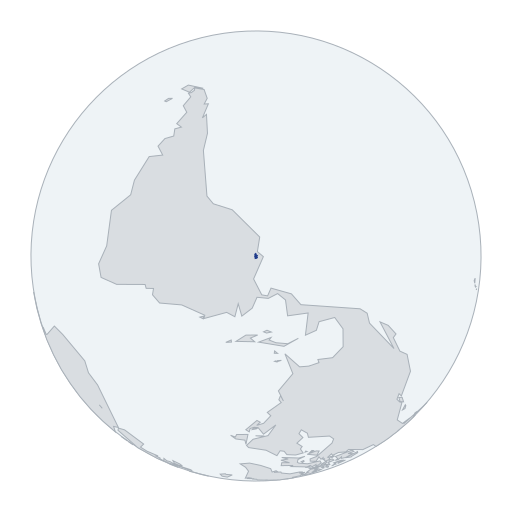 globe centered on Bolivar, rotated 166°
{"feature_id": "ECU-1277", "entity_name": "Bolivar", "entity_type": "Province", "adm_level": 1, "iso_a3": "ECU", "parent_name": "Ecuador", "parent_adm1": "", "projection": "orthographic", "projection_center": [-79.147, -1.678], "detail": "fine", "context": "on_globe", "style": "filled", "palette": "blue", "viewbox_px": 512, "rotation_deg": 166, "n_neighbors": 0, "source": "natural_earth", "source_scale": "10m", "svg_char_len": 7290}
<svg xmlns="http://www.w3.org/2000/svg" viewBox="0 0 512 512"><g transform="rotate(166 256 256)"><circle cx="256" cy="256" r="225" fill="#eef3f6" stroke="#a8b0b8"/><path d="M164.2,50.3L165.6,49.8L170.6,47.5L175.8,45.5L185.7,42.2L187.7,44.6L199.2,42.3L213.0,45.9L216.2,44.2L223.5,45.4L229.9,44.1L230.6,45.8L235.1,43.4L233.2,42.1L234.5,40.8L238.1,40.1L239.6,42.0L238.1,42.6L240.4,42.8L239.7,44.1L242.1,43.1L243.5,45.9L247.4,42.3L253.0,43.8L252.6,46.0L245.7,46.8L227.5,56.1L224.9,59.8L228.2,63.5L249.0,67.4L249.0,71.6L254.1,76.4L257.3,73.2L254.4,68.5L261.6,64.5L257.3,60.0L259.6,58.0L257.9,53.5L265.6,53.3L274.1,55.8L275.9,59.7L279.7,61.2L284.0,57.2L293.2,65.1L309.5,71.9L311.0,74.5L303.2,78.9L287.8,78.8L277.6,87.3L291.8,81.3L295.5,89.0L299.3,90.3L303.5,90.0L305.1,87.0L307.9,89.9L294.9,96.2L292.1,93.7L296.3,91.5L289.1,91.8L280.3,97.4L282.9,101.5L267.0,107.7L268.6,111.0L266.0,114.6L264.5,108.7L266.9,119.7L248.7,132.9L251.6,154.1L240.5,137.9L231.5,136.4L220.7,137.3L221.0,140.6L206.3,138.8L193.4,146.9L189.2,164.3L194.5,177.3L210.7,177.0L215.4,169.3L227.2,167.2L219.2,188.1L239.8,190.3L238.0,206.2L244.1,214.3L254.3,211.9L265.0,215.7L272.3,206.3L284.3,201.1L284.8,214.0L291.2,202.2L298.1,208.4L321.7,207.9L320.0,210.9L339.9,226.5L360.9,233.7L365.8,243.4L363.3,249.3L370.4,251.2L370.5,255.2L398.1,262.2L411.5,272.7L410.6,286.5L398.4,302.0L385.2,335.3L362.8,345.7L355.6,359.0L335.6,378.3L322.1,376.5L324.5,386.3L315.9,392.0L306.8,392.3L304.0,399.0L297.2,399.1L300.9,403.6L288.4,412.2L290.2,419.4L280.8,426.2L282.2,430.3L279.2,430.2L275.6,431.7L274.8,433.9L266.1,430.1L265.2,420.8L269.5,416.0L265.4,415.2L274.6,403.0L269.8,405.4L273.4,386.8L281.5,371.2L289.1,326.0L284.8,317.0L267.9,306.6L247.8,273.5L253.6,259.9L249.0,253.6L263.9,234.3L259.8,216.9L254.4,214.5L249.2,221.2L230.8,210.7L224.2,197.9L167.8,179.6L162.0,173.6L162.1,163.4L144.5,132.8L151.6,162.1L144.5,156.7L139.0,146.5L142.5,143.6L139.4,128.9L133.2,124.0L134.0,106.8L148.8,85.1L150.5,87.8L153.9,82.9L151.9,79.6L149.8,78.6L158.6,62.8L154.4,58.1L145.8,61.7L153.4,57.5L132.2,68.6L125.3,72.6L137.6,65.2L142.3,62.4L139.8,63.2L144.1,60.6L145.3,59.8L150.7,56.9L157.5,53.6L161.1,51.9L159.1,52.6L159.9,52.2L164.2,50.3ZM48.7,181.5L50.3,176.6L50.3,179.3L48.7,181.5ZM50.7,173.9L50.3,175.5L50.5,174.2L50.7,173.9ZM50.5,173.2L50.7,173.7L50.3,173.7L50.5,173.2ZM50.0,173.0L50.3,172.9L50.2,173.1L50.0,173.0ZM250.7,161.6L274.3,171.8L261.1,173.3L263.6,171.3L257.6,167.0L246.4,163.2L234.8,165.9L250.7,161.6ZM49.9,171.0L50.0,170.4L50.5,169.8L49.9,171.0ZM260.7,149.3L256.6,148.6L260.5,148.4L260.7,149.3ZM148.1,78.8L151.4,79.9L151.6,84.2L148.4,83.5L148.1,78.8ZM148.4,71.9L151.1,71.2L147.1,75.6L146.8,74.6L148.4,71.9ZM138.7,65.3L140.5,64.9L137.3,66.3L138.7,65.3ZM144.4,60.3L144.6,60.2L142.7,61.3L142.8,61.3L144.4,60.3ZM253.8,54.0L255.8,53.8L255.0,54.7L253.8,54.0ZM251.1,52.5L248.8,53.8L247.2,53.3L248.7,52.5L251.1,52.5ZM254.3,51.2L244.7,52.3L241.9,51.5L245.1,48.0L254.3,51.2ZM231.0,42.1L233.2,43.4L228.0,43.0L231.0,42.1ZM227.4,42.3L209.7,44.4L208.3,42.7L214.5,42.1L209.9,40.8L217.9,38.8L222.2,39.0L221.6,40.5L225.1,38.7L227.4,42.3ZM234.6,40.3L231.2,40.7L229.7,39.1L236.3,38.0L234.6,38.8L234.6,40.3ZM204.8,41.7L204.9,40.6L211.4,38.6L212.3,38.0L218.0,38.6L204.8,41.7ZM236.8,38.9L239.7,37.7L243.7,37.9L237.9,39.8L236.8,38.9ZM226.5,39.2L226.1,38.5L228.5,38.5L226.5,39.2ZM259.4,38.9L255.3,38.9L254.1,38.0L259.4,38.9ZM240.5,37.2L239.1,37.2L238.2,36.9L240.9,36.3L240.5,37.2ZM222.2,37.3L224.9,36.9L220.2,36.9L224.8,35.8L227.8,36.6L228.5,35.8L229.9,35.5L230.7,36.5L222.2,37.3ZM240.9,35.0L246.2,36.3L254.1,36.2L255.3,36.9L242.5,37.0L240.9,35.0ZM234.8,35.8L238.9,35.4L238.3,36.2L235.3,37.0L234.8,35.8ZM227.0,34.9L219.0,36.4L218.6,36.3L227.0,34.9ZM243.2,34.8L241.9,34.5L243.9,34.7L243.2,34.8ZM232.1,34.6L229.3,35.0L229.0,34.8L232.1,34.6ZM241.5,33.9L243.2,34.1L241.2,34.5L241.5,33.9ZM237.3,34.0L237.4,33.6L239.5,34.5L236.1,34.2L237.3,34.0ZM232.2,34.3L231.1,34.3L233.4,34.1L232.2,34.3ZM248.1,32.5L251.2,33.5L246.7,34.2L244.4,33.1L248.1,32.5ZM280.3,438.2L266.6,431.5L274.5,434.5L280.9,431.0L287.7,436.1L280.3,438.2ZM298.9,429.2L305.8,427.4L307.1,428.5L302.7,430.1L298.9,429.2ZM417.5,99.0L417.0,98.4L419.1,101.6L432.1,120.3L431.1,122.3L425.6,119.1L410.5,100.7L414.3,98.5L409.0,93.0L399.4,85.7L401.3,86.0L397.9,83.1L398.4,82.5L390.5,75.5L389.8,74.7L382.5,69.6L400.7,83.4L417.5,99.0ZM371.7,62.7L372.9,63.5L361.3,56.9L355.2,53.8L371.7,62.7ZM480.5,275.0L481.1,260.1L480.9,243.8L480.3,237.0L479.8,238.7L478.5,230.7L477.7,230.5L468.6,236.8L462.5,226.6L447.5,195.7L446.8,183.2L440.9,169.2L431.0,122.9L435.4,125.1L435.0,119.3L444.6,132.9L453.2,147.1L460.7,161.9L467.0,177.2L472.3,192.9L476.3,209.0L479.2,225.3L480.8,241.8L481.3,258.4L480.5,275.0ZM442.0,145.4L444.1,149.5L442.0,145.4ZM322.4,207.8L325.3,210.3L321.6,210.3L322.4,207.8ZM259.5,178.5L264.4,178.7L267.0,180.6L263.3,181.3L259.5,178.5ZM300.6,178.4L306.2,179.5L300.4,180.5L300.6,178.4ZM278.0,173.1L296.1,178.0L284.9,181.7L273.5,178.9L281.3,177.7L278.0,173.1ZM258.6,156.3L261.8,157.2L260.9,159.4L258.6,156.3ZM263.5,149.3L262.4,149.5L260.8,147.8L263.5,149.3ZM296.2,88.6L297.4,88.2L301.7,88.5L299.9,89.7L296.2,88.6ZM319.9,83.4L324.0,88.2L319.8,85.3L318.0,87.5L307.0,84.8L311.3,75.7L311.3,80.0L319.9,83.4ZM293.4,79.5L300.0,81.7L292.7,79.7L293.4,79.5ZM378.2,70.1L381.3,71.5L385.3,74.6L386.1,77.5L380.3,72.7L378.2,70.1ZM384.6,72.9L371.0,64.4L369.8,62.9L372.8,65.1L373.4,64.9L378.3,68.5L390.6,76.1L395.0,79.6L394.3,81.9L392.1,78.9L389.3,77.4L384.6,72.9ZM338.0,51.4L332.0,49.3L337.3,48.4L342.2,50.6L343.5,53.0L338.4,52.1L338.0,51.4ZM261.9,45.5L259.3,46.0L258.9,45.3L260.7,44.4L261.9,45.5ZM257.5,39.0L272.9,43.2L270.7,43.8L282.3,46.5L281.0,49.2L273.5,47.3L281.2,51.8L273.9,51.2L279.8,54.3L263.2,49.6L257.0,49.8L264.5,48.4L265.8,45.8L264.6,44.7L256.3,41.9L243.5,41.7L242.8,39.6L245.7,38.2L248.7,37.9L248.2,39.2L252.5,38.0L254.1,39.7L257.5,39.0ZM280.3,32.2L278.5,32.3L287.4,33.0L289.0,33.5L289.9,33.6L293.8,34.5L300.2,35.9L299.9,36.1L302.5,36.6L305.2,37.4L308.7,38.3L309.4,39.2L313.7,40.5L311.6,40.3L318.8,42.3L313.7,41.3L316.7,42.7L320.1,43.0L315.3,49.0L317.2,53.5L321.6,58.1L312.3,56.6L302.2,51.7L293.2,46.1L292.6,42.5L288.5,42.8L287.0,41.3L290.9,41.7L284.1,40.4L283.9,39.3L275.8,36.4L266.0,35.9L262.8,35.1L266.6,34.9L260.8,34.3L265.6,33.5L263.5,33.0L266.1,32.1L274.6,32.4L271.5,32.0L273.3,31.7L280.3,32.2ZM249.2,32.2L258.9,31.6L264.6,31.9L257.6,33.5L258.9,34.0L254.7,35.8L246.5,35.5L248.5,35.0L248.5,34.5L251.1,34.7L249.0,34.1L251.7,33.5L250.8,33.0L254.2,32.8L249.2,32.2ZM430.6,113.6L426.0,108.2L425.4,107.5L427.9,110.4L430.6,113.6ZM422.5,104.2L425.0,107.0L422.6,104.4L420.9,102.5L422.5,104.2Z" fill="#d9dde1" stroke="#a8b0b8" stroke-width="1"/><path d="M257.1,254.0L257.0,254.4L257.0,254.5L256.9,254.6L256.9,254.8L257.0,255.0L257.1,255.3L257.2,255.5L257.1,255.8L257.1,256.0L256.9,256.3L256.7,256.3L256.6,256.5L256.6,256.8L256.5,257.5L256.4,257.8L256.3,258.0L256.1,258.1L256.1,257.9L255.9,257.9L255.7,257.9L255.7,257.6L255.8,257.6L255.7,257.5L255.6,257.2L255.6,256.7L255.6,256.4L255.6,256.2L255.4,256.0L255.4,255.9L255.2,255.9L255.3,255.8L255.4,255.6L255.5,255.6L255.6,255.4L255.4,255.3L255.4,255.2L255.3,254.8L255.3,254.7L255.2,254.5L255.2,254.3L255.3,254.2L255.5,254.1L255.9,254.0L256.0,253.9L256.3,253.9L256.3,254.0L256.5,254.1L256.8,254.1L257.0,254.0L257.1,254.0Z" fill="#3b82f6" stroke="#1e3a8a" stroke-width="1.5"/></g></svg>